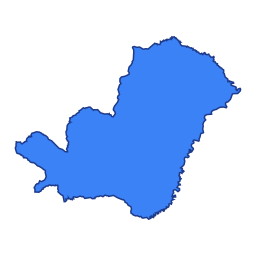 Ledesma, Jujuy, Argentina (orthographic projection)
{"feature_id": "61730980B60516348074924", "entity_name": "Ledesma", "entity_type": "district", "adm_level": 2, "iso_a3": "ARG", "parent_name": "Argentina", "parent_adm1": "Jujuy", "projection": "orthographic", "projection_center": [-64.879, -23.773], "detail": "fine", "context": "isolated", "style": "filled", "palette": "blue", "viewbox_px": 256, "rotation_deg": 0, "n_neighbors": 0, "source": "geoboundaries", "source_scale": "gbopen_adm2", "svg_char_len": 5807}
<svg xmlns="http://www.w3.org/2000/svg" viewBox="0 0 256 256"><path d="M17.5,153.5L19.6,153.8L20.5,154.9L21.2,154.7L22.2,155.8L23.1,156.1L23.5,157.6L24.1,157.4L24.3,157.8L24.9,157.6L27.3,158.4L28.0,160.1L29.0,160.4L30.3,162.0L32.3,162.7L33.0,162.4L35.1,163.5L37.6,165.9L39.1,166.3L42.8,168.6L43.4,169.5L44.7,169.9L45.5,171.2L45.2,172.2L46.2,176.6L45.4,178.6L44.6,180.0L41.5,181.6L39.7,180.8L38.5,183.7L37.1,183.7L35.8,184.7L34.8,186.9L34.3,187.2L34.2,187.9L35.0,189.3L34.9,192.0L39.0,192.2L40.1,191.3L40.8,191.2L41.9,189.3L43.2,189.0L43.0,188.1L44.9,187.2L46.0,186.1L48.2,186.0L48.5,185.4L50.1,184.9L51.3,185.7L52.7,185.2L54.8,185.7L55.4,185.1L55.9,185.6L57.2,185.2L57.8,185.4L58.0,187.9L57.7,188.8L58.4,190.4L58.0,191.8L60.7,194.4L63.0,195.8L64.2,201.7L65.4,201.6L66.6,200.3L66.0,199.1L68.2,198.8L68.3,197.7L68.8,198.8L69.8,198.6L70.5,199.4L71.2,199.0L72.2,199.7L72.6,198.8L73.7,198.8L73.1,197.5L73.6,196.8L76.8,197.4L80.1,196.1L81.9,196.8L83.3,196.6L84.8,198.4L90.5,197.5L92.3,198.7L94.9,198.5L95.0,197.4L97.4,196.4L98.6,196.5L100.7,195.8L103.0,196.7L105.0,195.1L106.9,195.8L108.1,195.7L108.7,196.4L113.5,195.4L117.5,197.7L122.4,199.7L123.4,199.6L124.8,201.0L125.0,202.2L127.1,203.3L128.1,205.2L130.8,206.6L131.5,208.7L130.8,211.5L131.1,213.3L132.5,214.0L133.0,214.8L135.6,215.9L137.3,215.7L139.6,216.8L141.0,216.4L141.8,217.7L142.9,218.1L146.7,217.4L148.7,219.2L150.3,218.4L150.0,216.9L150.7,216.9L150.9,218.0L152.2,217.3L151.6,216.0L152.8,216.4L153.6,217.3L154.1,215.6L153.6,215.3L153.7,214.6L155.0,215.8L155.5,215.5L155.3,213.1L157.4,212.3L158.0,213.5L157.4,213.9L157.8,214.0L158.8,213.1L159.1,211.2L160.1,211.2L160.6,211.8L161.3,209.9L162.3,210.2L163.0,209.7L163.3,211.1L163.9,211.2L164.4,210.2L163.4,209.4L166.2,208.6L166.4,206.7L167.0,206.8L167.4,207.5L168.5,207.0L169.1,205.6L168.7,204.2L170.0,203.6L171.3,204.2L171.9,202.6L171.3,201.9L171.4,200.5L173.6,199.5L172.5,199.2L172.5,198.0L173.8,197.0L175.6,197.0L175.4,195.3L174.4,195.4L172.9,196.6L172.0,196.4L172.9,193.6L173.7,192.9L173.2,190.6L174.2,189.8L175.6,189.8L178.0,191.6L179.6,190.3L179.5,188.6L177.0,187.5L178.4,185.1L180.3,184.9L180.0,184.1L178.5,183.8L178.1,182.6L178.3,181.8L179.2,181.9L180.0,181.0L179.8,178.5L180.7,179.2L181.1,178.7L180.1,178.0L180.0,176.5L178.9,175.8L179.6,174.3L179.4,173.0L180.2,172.4L182.0,173.3L182.1,171.6L183.1,172.1L183.9,171.4L183.5,170.6L182.0,170.2L182.3,168.5L180.7,167.9L183.5,165.4L184.2,164.2L184.8,161.0L184.3,159.5L184.7,157.7L185.4,157.1L187.7,157.6L189.0,156.7L188.7,155.6L187.7,155.3L187.5,154.2L189.1,152.9L189.3,151.4L190.0,151.5L190.2,152.4L190.8,152.2L189.3,150.4L189.3,149.6L190.2,149.6L192.0,151.3L193.3,149.3L193.3,148.4L191.7,146.8L191.3,145.3L191.7,144.2L193.8,143.0L193.8,141.8L193.0,141.2L193.4,140.4L194.1,140.0L198.8,141.1L199.2,140.1L199.1,138.8L199.8,137.6L200.7,134.0L201.3,133.2L203.0,133.0L203.5,132.5L202.7,129.1L203.2,126.1L202.9,124.2L203.9,121.7L205.7,119.9L204.4,118.1L204.9,115.5L207.4,114.5L211.6,114.2L211.3,112.2L212.1,111.1L213.6,110.1L216.3,109.4L219.6,107.4L223.2,107.0L226.3,107.7L226.8,106.8L225.6,104.7L225.6,103.0L226.3,102.3L228.1,101.8L230.5,99.2L232.3,94.2L232.9,93.7L237.7,93.5L240.2,91.0L240.6,89.6L240.3,88.5L239.4,88.5L237.7,89.3L237.2,90.5L236.7,90.5L236.0,89.4L236.2,87.6L235.8,86.9L231.2,85.2L231.0,83.5L233.6,83.3L233.5,82.4L230.4,81.3L229.4,81.9L229.1,80.9L227.9,81.5L227.8,79.2L225.1,76.9L224.2,73.5L223.3,72.7L223.7,71.6L223.6,69.8L222.0,68.9L221.6,68.1L220.0,67.6L219.8,66.8L218.8,66.5L218.4,65.5L217.2,65.2L217.0,64.7L217.4,63.8L215.4,62.9L215.0,61.7L213.3,61.4L213.2,60.7L214.0,59.9L213.4,58.3L214.1,57.2L213.7,56.5L212.8,57.1L211.0,57.3L210.4,56.3L209.6,55.9L208.7,54.1L206.9,54.8L206.5,54.4L205.2,54.3L205.3,53.1L204.6,52.6L203.5,53.3L202.9,54.5L202.3,54.5L201.7,53.3L200.3,54.0L199.0,53.2L198.6,52.2L196.9,52.1L196.2,51.4L196.8,51.2L196.6,50.9L194.9,49.9L193.1,50.1L193.1,48.4L191.8,48.4L191.3,47.8L190.2,48.0L187.3,46.2L186.7,47.1L185.8,46.2L181.8,45.8L180.5,44.4L179.9,42.8L180.4,42.5L179.6,42.4L180.0,41.5L179.0,41.6L178.7,40.4L178.1,40.4L176.4,38.5L175.8,38.5L175.7,37.7L174.6,37.7L174.2,36.8L172.9,37.2L172.0,36.9L172.1,37.7L171.5,37.8L172.0,38.1L172.0,38.6L171.5,38.6L171.2,39.4L170.3,38.8L169.1,39.6L167.5,39.4L166.8,40.5L166.4,39.7L166.0,40.2L165.5,40.0L164.0,41.0L163.5,40.3L161.6,42.1L160.5,41.4L160.4,43.7L159.9,44.5L158.7,44.3L157.4,44.7L157.0,43.7L155.1,43.7L154.8,43.3L148.0,49.1L146.2,48.7L143.2,49.2L139.7,47.1L136.6,47.3L134.3,46.5L132.8,46.9L132.5,47.7L133.5,49.3L133.8,51.6L133.3,60.0L132.1,61.8L132.3,62.9L130.7,65.5L129.4,66.6L128.9,67.8L128.2,71.3L129.2,72.7L129.0,74.3L125.5,76.1L121.4,77.0L120.0,78.6L119.9,81.7L121.0,83.5L119.6,84.8L118.0,89.5L119.5,94.5L117.9,96.1L117.5,97.7L117.6,98.4L118.7,99.3L117.5,102.3L114.4,106.3L113.3,109.2L113.7,110.5L114.7,111.3L115.4,113.5L113.2,116.8L111.6,116.4L110.9,114.8L109.5,114.7L109.2,113.6L108.3,114.2L107.3,113.8L104.9,114.1L100.5,112.8L97.7,109.7L93.6,109.8L93.4,110.2L90.3,107.2L88.6,107.1L86.7,107.9L86.0,107.7L85.0,108.5L83.3,107.8L80.2,110.4L79.1,110.7L79.2,112.1L76.4,113.8L75.7,115.1L73.1,115.7L72.5,116.9L69.7,118.1L70.1,119.3L69.3,121.6L70.2,122.0L69.5,122.1L69.9,122.8L68.6,123.5L67.2,125.5L66.8,130.0L66.0,131.8L66.5,135.7L67.4,136.5L66.3,138.4L67.5,140.9L68.4,141.3L68.6,142.0L68.1,144.4L68.4,144.8L67.4,145.9L67.9,147.2L66.8,148.1L66.6,149.4L67.3,150.4L67.5,151.8L65.2,151.7L62.5,149.5L59.0,148.3L51.6,140.8L48.4,139.3L47.6,137.3L45.5,135.5L44.3,135.3L43.4,134.3L42.7,134.5L41.4,133.1L39.2,132.1L36.5,131.8L31.9,133.3L31.0,135.0L31.5,136.4L30.5,136.3L30.6,136.9L30.1,137.0L29.5,136.2L28.7,136.4L28.9,136.8L27.0,138.3L26.4,140.1L26.7,141.3L24.8,141.7L24.5,142.4L23.8,142.4L22.3,143.8L21.4,143.6L20.5,142.1L16.9,142.2L15.8,141.4L16.6,142.7L16.1,143.5L16.0,146.6L15.4,147.6L15.5,148.9L16.7,152.9L17.5,153.5Z" fill="#3b82f6" stroke="#1e3a8a" stroke-width="1.5"/></svg>